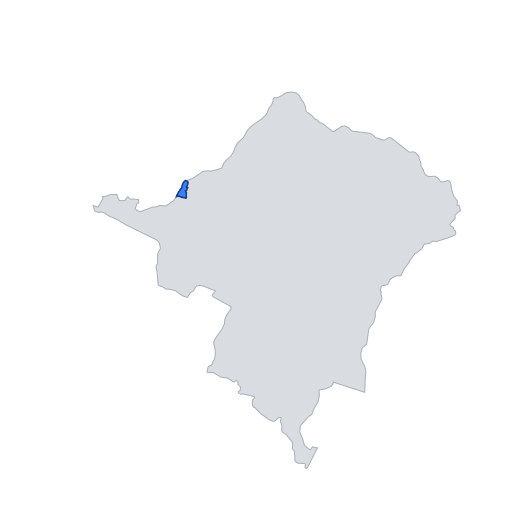 Bolobo, Bandundu, Democratic Republic of the Congo (highlighted), rotated 27°
{"feature_id": "63176286B21856672762157", "entity_name": "Bolobo", "entity_type": "district", "adm_level": 2, "iso_a3": "COD", "parent_name": "Democratic Republic of the Congo", "parent_adm1": "Bandundu", "projection": "mercator", "projection_center": [16.431, -2.651], "detail": "fine", "context": "in_parent", "style": "filled", "palette": "blue", "viewbox_px": 512, "rotation_deg": 27, "n_neighbors": 0, "source": "geoboundaries", "source_scale": "gbopen_adm2", "svg_char_len": 5742}
<svg xmlns="http://www.w3.org/2000/svg" viewBox="0 0 512 512"><g transform="rotate(27 256 256)"><path d="M414.8,328.1L382.1,333.3L382.7,335.2L382.4,337.2L381.6,338.7L378.3,342.8L373.3,346.5L373.3,347.4L375.8,351.6L377.4,357.3L377.0,367.5L377.6,370.2L377.5,372.4L375.9,374.7L372.6,387.0L374.8,392.9L381.3,398.5L385.0,402.6L391.4,404.1L392.5,403.8L392.9,400.4L397.9,399.1L397.9,421.0L397.6,422.3L396.6,422.6L395.4,421.8L395.0,419.7L393.7,418.8L387.5,421.5L385.9,421.5L384.1,421.0L382.9,419.9L382.5,418.2L378.1,411.8L376.0,411.4L373.5,405.6L363.8,401.4L360.0,401.1L358.0,399.8L356.1,395.3L352.8,392.4L352.1,389.2L351.4,388.7L349.5,389.4L347.8,394.5L345.5,395.7L341.5,395.8L331.5,394.3L324.3,391.7L322.4,391.8L319.6,389.5L318.4,385.6L319.0,382.6L318.5,382.1L307.5,384.6L304.9,386.2L302.4,385.8L301.7,385.0L302.8,382.9L302.2,380.6L301.4,379.6L298.2,378.8L297.1,376.3L295.2,376.0L294.5,376.3L294.0,378.0L292.8,378.5L286.3,377.7L279.5,379.9L270.4,379.3L266.1,381.9L265.4,381.8L264.5,380.5L263.7,376.4L264.1,375.2L265.5,374.4L265.9,372.8L265.5,368.5L265.8,367.5L265.4,365.0L264.0,361.1L262.1,357.9L258.0,353.1L257.2,350.9L257.5,345.5L258.8,337.0L258.7,330.8L257.0,326.7L256.6,322.3L257.7,314.4L256.7,312.5L236.0,311.8L235.1,311.2L234.7,310.1L235.7,305.5L223.1,306.7L219.3,307.6L216.9,309.5L216.2,311.9L216.1,315.3L214.2,318.5L213.6,324.1L210.2,324.7L206.7,324.7L199.9,323.5L193.4,325.1L190.2,326.6L188.5,325.9L182.6,326.4L181.8,326.0L175.1,315.1L172.1,311.5L171.5,309.7L171.8,308.0L171.0,305.7L167.9,300.1L167.3,297.5L167.4,293.4L167.1,292.1L164.2,288.6L162.4,287.4L160.3,286.8L126.5,287.3L115.4,286.6L107.2,287.1L103.1,286.8L101.9,286.3L98.2,287.0L96.3,288.5L93.3,289.2L91.5,288.9L88.0,284.9L92.8,284.2L93.1,283.8L93.5,274.1L92.2,272.7L94.8,271.1L98.9,266.8L102.9,265.3L103.4,264.4L104.3,264.5L105.8,266.2L109.2,268.6L113.5,266.5L114.0,265.9L114.5,261.8L115.6,261.4L117.4,262.3L118.5,262.3L120.3,261.1L125.8,259.1L127.4,261.7L126.0,264.1L126.6,265.8L126.7,268.5L127.6,269.1L132.0,269.4L133.2,268.7L141.8,259.2L144.1,258.1L147.7,254.3L152.5,252.6L154.6,249.6L157.3,244.3L158.6,236.6L158.1,223.4L158.6,221.6L164.3,215.7L170.3,204.8L174.3,202.0L177.3,200.8L182.0,196.9L185.7,192.9L185.1,188.1L186.0,184.1L188.0,179.1L188.7,173.7L188.0,168.1L188.3,163.5L191.0,156.2L191.3,147.7L193.7,140.6L198.7,131.6L201.0,124.9L200.5,118.3L201.2,113.5L200.9,110.6L200.0,108.1L200.5,106.5L202.3,105.9L204.7,103.4L208.8,96.9L213.3,93.7L216.5,92.7L219.7,92.8L221.9,93.4L225.3,95.9L229.3,98.0L232.2,100.5L235.1,104.5L242.1,105.4L245.1,106.8L246.9,107.3L247.6,106.9L249.1,107.1L252.4,108.3L255.0,107.7L268.0,110.3L269.4,109.0L273.1,102.2L275.8,99.9L280.2,99.6L283.7,100.9L285.5,100.9L301.4,95.1L303.5,94.8L309.3,96.2L313.0,95.3L314.5,95.5L317.8,94.5L320.4,90.4L322.6,89.4L345.5,93.9L349.0,91.7L350.7,91.5L355.8,93.0L357.3,95.5L360.3,97.7L362.5,101.3L365.9,103.2L367.7,105.1L369.7,106.5L373.8,106.9L379.1,103.7L382.8,104.0L386.6,105.8L387.9,105.7L390.7,103.8L392.2,101.8L393.6,101.4L395.8,102.3L397.6,104.2L399.2,106.9L405.0,113.0L410.5,115.6L411.9,119.3L413.9,118.9L414.9,119.3L416.3,121.6L417.3,122.1L417.5,123.1L416.1,125.3L414.8,129.6L416.5,132.2L415.1,136.0L414.4,139.9L416.2,140.9L418.5,140.8L420.6,142.9L422.3,143.2L424.0,145.4L423.6,147.2L418.1,153.5L409.9,161.4L407.2,162.3L405.8,163.8L404.7,166.1L402.4,168.0L400.5,168.8L400.4,174.4L397.6,180.3L396.5,181.5L395.1,191.0L395.3,192.6L393.8,200.4L394.1,207.7L390.1,210.0L387.4,213.5L386.2,216.0L386.2,221.9L381.7,225.5L381.4,226.3L382.5,230.5L384.1,231.2L384.2,232.6L387.8,237.1L387.6,250.8L387.8,252.2L389.7,255.5L391.0,261.7L389.6,269.7L394.6,284.2L392.4,289.6L393.4,294.7L396.4,300.1L403.4,305.4L405.3,307.6L407.0,310.5L408.7,315.1L414.8,328.1Z" fill="#d9dde1" stroke="#a8b0b8" stroke-width="1"/><path d="M162.4,222.4L162.4,222.1L162.2,221.9L162.1,221.6L162.0,221.3L162.0,221.2L161.9,221.2L161.3,220.9L161.1,220.9L160.9,220.9L160.6,220.8L160.6,220.7L160.2,220.8L159.9,220.7L159.0,220.6L158.6,221.5L158.3,222.0L158.1,222.4L158.1,222.9L158.1,223.3L158.1,223.6L158.0,223.9L158.0,224.1L158.0,225.2L158.0,225.5L158.1,225.8L158.2,226.4L158.4,227.6L158.5,227.9L158.6,228.0L158.9,229.1L158.9,229.5L158.7,230.0L158.6,230.5L158.2,231.1L158.2,231.7L158.4,232.3L158.4,232.5L158.3,232.8L158.2,233.0L158.0,233.5L157.9,233.9L157.9,234.5L157.9,234.8L158.0,235.1L158.0,235.4L158.1,235.7L158.2,236.1L158.2,236.4L158.0,236.6L157.9,236.7L157.8,237.4L157.9,237.9L157.9,238.5L158.0,238.9L158.1,239.3L158.3,239.1L158.5,239.0L158.6,238.7L158.7,238.4L158.8,238.3L158.9,238.2L159.3,238.1L159.8,237.9L160.1,237.9L160.6,237.6L160.9,237.6L161.2,237.6L161.3,237.6L161.7,237.3L162.1,237.3L162.3,237.4L162.4,237.5L162.5,237.5L162.8,237.6L163.0,237.3L163.1,237.2L163.3,237.0L163.5,237.0L163.8,237.1L164.0,237.1L164.3,237.2L164.6,237.1L165.0,236.8L165.6,236.7L165.8,236.6L166.0,236.5L166.4,236.5L166.6,236.5L166.8,236.5L167.0,236.6L167.3,236.4L167.2,236.2L167.2,235.7L167.3,235.5L167.3,235.4L167.3,235.2L167.2,235.1L167.3,235.0L167.2,234.9L167.1,234.7L166.5,234.1L166.4,233.9L166.2,233.7L166.2,233.4L166.0,232.9L165.9,232.7L165.8,232.2L165.7,232.0L165.5,231.8L165.3,231.6L165.2,231.6L165.2,231.4L165.2,231.1L164.8,230.9L164.6,230.8L164.3,230.6L164.0,230.3L163.8,230.1L163.5,230.0L163.5,229.9L163.7,229.7L163.8,229.6L164.1,229.5L164.2,229.4L164.2,229.2L164.5,228.8L164.5,228.7L164.4,228.3L164.3,228.2L164.2,228.0L164.0,227.8L164.0,227.6L163.9,227.5L163.9,227.3L163.9,227.2L164.0,227.0L164.0,226.9L164.2,226.7L164.2,226.3L164.2,226.1L164.0,225.9L163.9,225.9L163.7,226.0L163.3,226.1L163.1,226.2L163.0,226.3L162.9,226.3L162.7,226.2L162.5,225.7L162.6,225.4L162.6,225.0L162.8,224.6L162.9,224.4L162.8,224.1L162.6,223.9L162.5,223.5L162.5,223.4L162.6,223.1L162.4,222.9L162.4,222.7L162.4,222.4Z" fill="#3b82f6" stroke="#1e3a8a" stroke-width="1.5"/></g></svg>